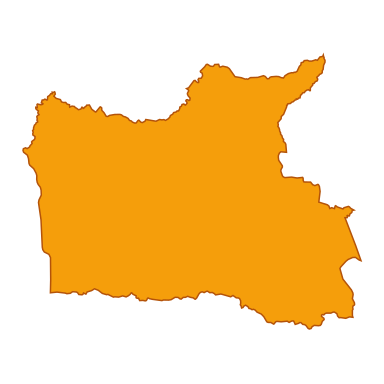 the district of Ancuabe, Cabo Delgado, Mozambique
{"feature_id": "85939544B12924931865401", "entity_name": "Ancuabe", "entity_type": "district", "adm_level": 2, "iso_a3": "MOZ", "parent_name": "Mozambique", "parent_adm1": "Cabo Delgado", "projection": "mercator", "projection_center": [39.811, -12.944], "detail": "fine", "context": "isolated", "style": "filled", "palette": "amber", "viewbox_px": 384, "rotation_deg": 0, "n_neighbors": 0, "source": "geoboundaries", "source_scale": "gbopen_adm2", "svg_char_len": 5889}
<svg xmlns="http://www.w3.org/2000/svg" viewBox="0 0 384 384"><path d="M286.5,152.3L285.8,144.2L284.9,142.6L283.4,141.5L283.6,139.3L282.6,138.3L281.8,135.5L280.6,134.3L280.6,132.8L279.7,131.1L279.5,129.4L278.7,127.3L277.9,126.6L278.3,124.7L277.8,122.6L281.1,118.8L281.3,116.5L283.6,114.3L286.7,106.7L286.7,105.3L287.4,105.0L287.8,103.8L290.4,103.5L291.9,102.1L293.3,101.7L294.8,100.2L296.2,99.7L296.3,98.9L297.7,99.2L298.5,98.1L300.0,97.9L300.6,95.1L301.5,94.6L302.6,92.9L304.4,92.6L305.1,91.4L306.7,90.2L308.4,89.7L309.7,90.7L310.3,90.6L310.4,87.8L312.7,85.1L312.7,83.8L314.1,83.4L315.4,81.6L317.2,80.9L317.7,79.5L317.5,78.4L316.8,77.7L317.0,77.0L318.9,75.5L319.5,74.4L320.9,73.9L322.2,72.8L322.3,70.6L323.1,69.5L323.6,65.3L325.0,62.2L325.0,60.2L323.9,58.3L324.1,57.3L323.7,57.0L323.3,55.0L322.7,56.4L319.9,57.0L317.4,60.3L315.7,59.8L311.8,61.1L309.3,61.1L307.4,60.3L304.2,60.6L303.3,62.1L301.2,62.7L300.8,65.0L299.4,66.3L297.1,71.3L295.2,72.4L294.2,72.2L293.2,72.8L291.5,72.7L288.3,73.6L285.0,75.7L283.5,78.0L281.1,77.6L278.8,76.6L276.2,76.4L271.2,76.8L269.9,77.4L269.0,78.6L267.3,78.8L265.3,76.5L263.5,75.7L257.7,77.4L250.4,77.6L247.8,79.3L246.7,78.9L245.2,79.1L241.3,77.7L235.0,76.7L229.3,68.6L227.3,67.2L222.8,66.2L220.1,67.1L219.5,66.8L218.6,64.3L214.7,64.5L213.5,66.2L212.9,66.4L210.5,66.2L207.5,64.3L206.3,64.5L204.7,66.8L200.3,71.2L200.6,72.2L202.2,73.2L202.6,75.9L201.3,78.2L198.7,78.4L198.0,79.8L198.7,80.9L198.6,82.5L197.9,82.6L196.4,81.8L195.1,80.4L194.0,80.6L188.6,87.8L186.5,88.6L188.3,89.9L188.7,90.8L187.4,93.3L187.5,94.4L188.2,95.9L190.1,98.1L189.8,100.2L188.9,100.6L187.7,99.7L186.4,99.8L185.8,100.9L186.7,101.8L187.1,103.2L185.9,104.7L185.3,105.1L183.8,104.0L182.0,104.5L181.3,106.3L179.8,107.1L179.8,108.4L178.7,110.7L178.3,111.0L177.1,110.9L176.1,112.0L173.6,112.6L172.7,114.2L170.4,115.5L169.8,117.2L168.1,118.9L165.5,120.4L163.9,119.6L161.9,119.9L159.6,119.5L156.0,121.2L145.8,119.5L145.0,121.2L142.3,122.6L140.9,122.2L138.8,120.1L137.9,120.6L136.2,122.9L134.9,123.1L132.4,122.1L131.4,121.0L129.5,120.4L128.1,118.4L125.4,116.9L123.4,116.4L121.5,114.9L119.9,114.4L114.7,114.5L109.5,115.4L107.8,116.5L106.2,116.3L104.1,112.8L101.8,110.3L101.7,107.9L100.6,106.9L100.0,107.0L96.0,111.9L95.4,112.0L91.8,109.3L89.4,105.0L86.6,105.2L86.0,106.3L84.8,107.0L83.6,108.4L83.1,108.4L82.6,107.4L81.9,107.2L80.8,109.1L78.4,109.7L76.4,108.1L75.2,107.6L74.5,106.5L72.0,106.1L69.7,107.1L69.5,104.7L67.2,104.2L65.7,102.4L63.5,102.5L61.5,101.9L60.4,99.6L56.2,98.4L53.9,96.2L55.3,94.1L54.9,92.2L54.6,91.8L53.7,92.3L52.1,92.2L52.4,93.7L50.8,93.7L49.5,95.4L47.7,96.6L47.4,99.8L46.8,100.1L44.9,99.1L43.5,100.0L42.2,100.0L41.3,102.8L42.9,103.6L42.7,104.3L40.9,104.8L37.5,104.0L37.0,104.5L37.3,107.6L35.8,107.2L35.7,108.1L36.3,109.4L38.4,110.9L37.8,112.9L39.0,114.7L37.5,115.6L36.8,116.7L37.3,119.1L36.9,120.1L37.6,120.9L37.6,122.1L36.3,122.6L35.7,124.0L34.4,125.2L33.5,128.0L33.6,129.4L32.6,130.6L33.2,132.4L32.8,133.4L32.9,135.0L35.0,136.5L34.9,138.6L34.2,139.7L32.1,141.2L31.6,142.0L32.1,143.5L30.0,145.8L29.6,147.0L27.1,148.6L25.6,147.8L23.4,148.7L23.0,150.4L23.6,152.2L27.4,155.2L28.5,158.6L29.0,163.4L29.7,165.1L33.7,168.7L36.1,173.2L36.8,175.6L36.7,179.4L37.2,182.3L38.2,184.5L40.3,187.2L41.1,190.1L41.3,195.1L39.0,199.9L38.5,202.5L41.0,219.8L42.3,247.3L42.8,249.7L44.3,252.0L48.9,254.3L50.5,257.6L50.7,280.0L50.4,292.8L57.0,292.1L65.2,293.1L66.9,293.7L70.3,293.3L72.6,291.7L76.5,292.0L77.6,292.7L78.8,294.5L82.0,294.8L82.9,294.4L83.5,293.0L85.9,294.1L87.1,292.0L91.6,290.6L94.5,288.8L98.3,290.3L102.3,293.4L106.6,294.7L107.9,294.4L113.4,297.1L114.8,296.8L118.7,297.1L122.7,295.9L126.1,296.9L128.3,295.8L130.0,294.5L131.2,292.9L131.7,292.8L133.0,294.3L136.1,295.8L136.1,297.7L137.1,298.3L138.5,298.2L139.7,300.6L142.9,300.4L145.2,300.9L146.4,300.5L147.6,298.2L148.3,298.0L149.6,298.7L152.3,299.3L161.9,300.6L163.5,300.0L168.7,300.1L171.1,299.7L175.1,297.3L178.1,297.4L180.0,298.9L181.2,299.1L183.2,297.4L185.5,297.3L187.7,296.3L190.3,297.3L193.4,297.9L194.6,299.0L195.4,299.2L196.6,298.1L199.0,293.8L200.4,292.4L202.2,291.8L204.1,292.6L206.6,291.3L207.5,291.2L209.8,292.7L212.3,292.5L214.3,293.6L215.6,294.9L220.9,294.0L230.7,296.8L233.0,295.5L236.2,297.8L238.6,298.0L239.6,298.7L240.6,300.7L240.7,303.2L240.3,304.8L241.0,305.7L241.6,308.0L243.0,307.5L244.0,306.0L245.7,305.2L248.0,306.7L249.0,308.5L250.4,308.7L252.0,309.7L253.5,309.3L255.2,310.1L257.0,312.1L261.3,314.1L263.8,316.7L266.8,321.8L268.1,322.4L270.9,322.5L273.6,324.1L274.1,323.9L275.6,321.9L276.9,321.4L281.3,321.8L287.2,321.2L289.1,322.4L291.6,321.1L293.1,320.9L293.8,321.3L295.2,324.4L298.7,323.3L299.6,322.6L300.9,322.6L302.8,324.4L304.5,324.6L305.9,325.4L308.1,328.4L309.3,329.0L311.1,328.5L312.1,326.7L314.2,325.4L318.5,325.7L320.3,325.4L321.3,324.2L322.3,321.3L324.1,319.6L323.9,318.3L321.5,316.4L321.6,315.0L322.9,314.5L323.8,314.9L324.9,313.7L326.4,313.1L330.9,313.1L333.1,312.1L334.5,312.1L336.9,313.7L337.6,316.1L339.1,317.7L340.8,317.6L345.8,318.3L349.5,316.9L352.9,317.3L352.4,315.4L352.4,310.3L353.0,309.2L352.7,307.2L353.1,305.9L354.4,305.0L354.6,304.4L354.4,302.7L352.4,298.7L353.1,294.7L352.9,293.0L351.4,289.9L342.9,279.1L339.9,268.5L340.8,266.9L345.9,261.3L348.1,259.5L352.6,257.5L355.5,257.4L359.1,260.0L361.0,260.7L355.7,245.7L345.0,217.7L347.1,217.7L347.4,217.1L347.1,215.6L347.4,215.4L348.7,216.0L349.4,215.9L349.9,214.0L351.8,212.5L352.2,210.5L353.9,210.1L350.8,208.4L349.4,206.9L348.4,206.4L344.0,207.7L343.0,208.9L337.4,207.0L335.7,205.7L335.1,206.1L334.5,208.6L331.7,207.7L329.8,208.5L328.9,206.0L327.4,204.8L318.8,202.1L320.1,191.4L319.4,186.4L318.4,184.6L317.8,184.4L314.9,185.6L312.7,184.7L310.6,182.1L304.0,182.0L303.2,180.6L303.1,178.1L302.6,177.4L297.1,178.0L291.6,177.1L284.8,177.6L283.2,176.8L282.4,175.8L280.8,171.1L281.0,169.6L282.4,167.0L282.3,165.7L278.7,160.3L278.3,157.2L278.4,155.4L279.4,153.1L280.8,151.8L286.5,152.3Z" fill="#f59e0b" stroke="#b45309" stroke-width="1.5"/></svg>